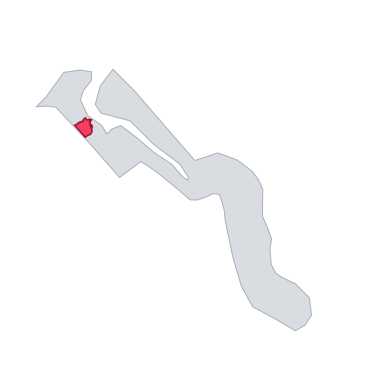 Foni Brefet, West Coast, Gambia (highlighted), rotated 48°
{"feature_id": "56634734B27150312185582", "entity_name": "Foni Brefet", "entity_type": "district", "adm_level": 2, "iso_a3": "GMB", "parent_name": "Gambia", "parent_adm1": "West Coast", "projection": "equal_earth", "projection_center": [-16.363, 13.217], "detail": "fine", "context": "in_parent", "style": "filled", "palette": "rose", "viewbox_px": 384, "rotation_deg": 48, "n_neighbors": 0, "source": "geoboundaries", "source_scale": "gbopen_adm2", "svg_char_len": 2679}
<svg xmlns="http://www.w3.org/2000/svg" viewBox="0 0 384 384"><g transform="rotate(48 192 192)"><path d="M48.0,168.6L77.5,167.1L113.3,167.8L152.2,168.5L170.5,168.8L180.2,146.7L198.5,137.0L217.2,133.4L227.0,134.4L237.3,137.6L257.1,155.8L269.4,159.9L279.8,164.1L287.3,172.9L299.1,181.7L308.5,184.1L314.0,182.7L323.2,179.3L329.2,176.6L349.0,175.5L363.5,185.6L366.6,196.7L364.2,208.1L344.7,214.2L317.8,223.7L295.4,218.5L268.2,205.5L252.3,196.2L245.7,192.5L235.7,186.6L227.0,180.2L218.7,176.1L212.3,173.4L207.6,176.8L205.2,184.6L201.5,193.4L196.6,198.6L173.8,201.7L153.4,204.9L142.4,207.6L135.1,209.7L132.8,236.1L109.6,235.8L86.9,235.5L63.3,236.0L37.9,236.5L31.4,241.9L24.5,250.6L23.8,237.4L17.4,207.2L26.1,194.0L35.5,186.2L41.9,192.4L43.8,204.7L48.7,213.1L65.3,218.4L81.8,214.6L91.9,216.3L91.6,209.5L95.0,200.5L115.1,196.6L136.2,194.0L158.0,188.5L175.0,188.8L180.1,187.2L178.9,184.9L163.6,182.3L131.0,188.6L97.7,190.4L72.5,206.8L62.2,205.3L51.7,188.9L48.0,168.6Z" fill="#d9dde1" stroke="#a8b0b8" stroke-width="1"/><path d="M71.3,219.1L71.3,218.7L70.8,218.4L70.6,218.6L70.3,218.9L69.6,219.3L69.3,219.7L69.0,220.2L68.5,221.3L68.2,222.0L67.7,222.1L66.9,221.8L66.2,221.6L65.8,221.4L65.5,222.1L65.4,222.6L65.4,223.2L65.5,223.9L65.5,224.4L65.8,224.8L66.3,225.0L66.7,225.2L66.7,225.5L66.7,225.8L66.5,226.2L66.2,226.1L65.9,226.0L65.9,226.4L66.0,226.9L65.9,227.4L65.7,227.9L65.5,228.1L65.2,227.9L65.0,228.0L64.9,228.1L64.9,228.4L65.1,228.5L65.3,228.8L65.3,229.0L65.1,229.2L64.8,229.7L64.6,229.9L64.6,230.1L64.4,230.3L64.4,230.5L64.6,230.7L64.7,231.0L64.9,231.3L65.0,231.5L64.8,231.6L64.7,231.7L64.8,231.8L64.7,232.0L64.6,232.4L64.6,232.7L64.6,232.8L64.4,233.3L64.2,233.4L64.0,233.8L63.9,234.1L63.8,234.5L65.5,234.5L66.3,234.6L67.1,234.5L67.3,234.5L69.1,234.6L69.8,234.6L71.1,234.6L72.9,234.6L73.0,234.6L74.8,234.6L75.0,234.7L76.7,234.6L78.4,234.7L79.9,234.7L80.0,233.0L80.2,231.5L80.3,231.0L80.9,229.9L81.2,228.9L80.5,226.6L80.3,226.0L80.1,225.8L79.4,225.2L78.0,224.1L77.9,224.1L77.5,223.7L77.3,223.7L77.2,223.6L76.7,224.0L76.5,223.4L76.6,223.2L76.8,223.3L76.9,223.1L76.7,223.0L76.4,223.1L76.3,222.7L76.5,222.5L76.8,222.4L76.8,222.2L76.5,222.0L76.2,222.1L76.0,222.3L75.8,222.3L75.8,222.7L75.8,222.9L75.6,223.0L75.5,222.6L75.6,222.2L75.5,221.8L75.4,221.7L75.2,221.8L75.2,222.0L75.2,222.3L75.0,222.1L74.9,221.9L74.6,221.9L74.4,222.1L74.5,222.7L74.4,222.9L74.3,223.1L74.1,223.2L73.9,223.2L73.7,223.0L73.6,222.8L73.4,222.5L73.4,222.3L73.2,222.1L72.9,222.1L72.8,221.8L72.8,221.4L72.6,221.2L72.3,221.1L72.2,220.8L72.0,220.7L71.7,220.7L71.3,220.7L71.1,221.0L70.8,220.8L70.7,220.6L70.7,220.4L70.7,220.1L70.7,219.8L70.9,219.5L71.3,219.1Z" fill="#f43f5e" stroke="#9f1239" stroke-width="1.5"/></g></svg>